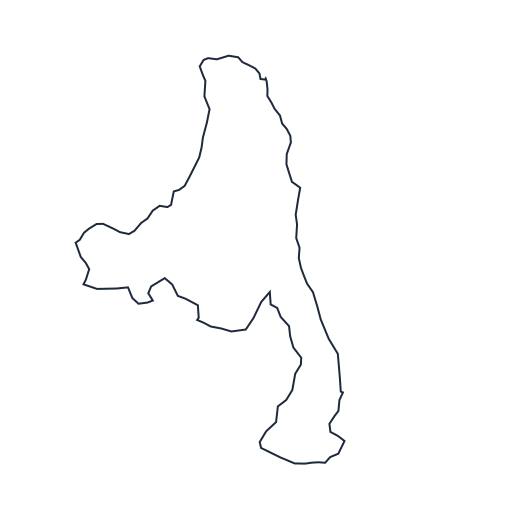 the district of Gislaved, Jönköping, Sweden, rotated 118°
{"feature_id": "70781695B29714549657152", "entity_name": "Gislaved", "entity_type": "district", "adm_level": 2, "iso_a3": "SWE", "parent_name": "Sweden", "parent_adm1": "Jönköping", "projection": "natural_earth1", "projection_center": [13.556, 57.316], "detail": "fine", "context": "isolated", "style": "outline", "palette": "slate", "viewbox_px": 512, "rotation_deg": 118, "n_neighbors": 0, "source": "geoboundaries", "source_scale": "gbopen_adm2", "svg_char_len": 1806}
<svg xmlns="http://www.w3.org/2000/svg" viewBox="0 0 512 512"><g transform="rotate(118 256 256)"><path d="M328.9,421.5L339.1,410.3L342.0,403.1L345.9,397.1L356.7,395.1L362.0,395.0L359.7,380.9L350.2,363.9L343.8,354.3L351.2,345.4L353.3,337.3L348.0,329.9L343.8,326.2L339.5,333.6L332.1,334.3L318.4,326.2L320.5,316.6L327.9,306.3L326.8,298.2L326.8,284.2L337.4,277.6L340.1,277.9L339.5,270.9L339.5,262.9L336.3,252.6L334.2,242.3L325.7,230.5L312.0,229.1L294.0,229.8L281.3,226.9L291.9,220.3L291.9,212.9L298.2,205.6L302.4,193.9L310.9,188.1L319.3,180.0L324.6,168.3L330.9,165.4L341.5,166.1L357.3,161.0L368.9,161.7L378.5,166.1L393.2,160.3L405.9,164.7L418.5,165.4L423.1,161.4L422.4,139.9L421.0,124.5L416.3,115.2L412.2,109.6L408.8,104.0L406.1,97.9L398.7,96.1L391.9,90.5L377.8,91.0L376.4,99.3L376.4,107.7L369.7,112.4L360.2,111.5L354.1,110.5L344.0,114.7L335.7,115.2L335.9,117.5L324.3,124.7L304.0,137.8L294.9,153.0L281.5,169.2L272.4,177.6L261.2,188.7L256.4,198.0L250.8,204.6L245.2,210.9L237.8,217.2L228.3,221.4L221.3,228.9L208.8,234.6L201.0,240.3L186.2,245.4L175.0,249.0L174.1,255.4L173.7,259.0L166.7,266.2L160.7,272.2L151.6,276.7L139.4,278.5L133.8,282.1L129.4,288.5L126.8,295.1L120.7,300.8L117.3,308.7L113.3,314.4L109.4,321.1L103.4,324.1L96.8,328.6L94.7,330.8L96.0,330.9L97.6,335.1L93.2,338.7L90.8,344.6L90.8,350.7L91.2,359.1L89.5,363.4L88.9,365.0L92.0,374.2L100.7,382.9L103.8,391.2L107.5,394.3L115.0,394.7L121.3,387.7L125.1,382.9L133.8,379.0L139.4,376.4L148.2,365.9L161.3,362.0L176.3,358.5L185.7,355.0L195.7,352.4L217.0,351.9L227.6,351.9L233.8,355.0L237.6,358.9L245.1,356.7L250.7,355.0L254.4,357.2L256.9,364.6L264.4,368.5L273.8,369.4L280.7,372.9L290.7,375.1L296.3,378.5L298.8,387.3L298.8,393.8L299.4,406.1L302.6,411.8L310.1,416.2L316.3,418.8L324.5,419.2L328.9,421.5Z" fill="none" stroke="#1e293b" stroke-width="2"/></g></svg>